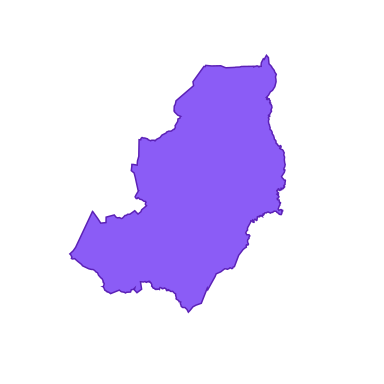 Bērziņu pag., Dagdas, Latvia, rotated 327°
{"feature_id": "27541924B7947560085495", "entity_name": "Bērziņu pag.", "entity_type": "district", "adm_level": 2, "iso_a3": "LVA", "parent_name": "Latvia", "parent_adm1": "Dagdas", "projection": "orthographic", "projection_center": [27.878, 56.083], "detail": "fine", "context": "isolated", "style": "filled", "palette": "violet", "viewbox_px": 384, "rotation_deg": 327, "n_neighbors": 0, "source": "geoboundaries", "source_scale": "gbopen_adm2", "svg_char_len": 6096}
<svg xmlns="http://www.w3.org/2000/svg" viewBox="0 0 384 384"><g transform="rotate(327 192 192)"><path d="M176.1,119.3L166.8,133.1L163.2,136.2L160.6,139.6L157.9,137.0L156.6,136.1L155.5,137.7L152.7,141.0L153.8,144.5L152.5,148.5L147.6,161.5L147.9,161.8L143.8,163.8L141.7,165.0L141.6,165.3L141.7,167.2L142.7,167.7L143.3,167.3L143.9,167.5L144.4,169.8L145.6,170.9L146.7,173.7L147.9,174.6L147.7,175.7L146.9,176.0L146.1,177.1L146.4,178.7L140.1,179.5L138.4,180.7L134.7,181.1L133.8,176.5L127.8,176.8L125.8,175.6L124.2,175.8L123.1,175.2L119.3,176.1L118.2,175.7L117.3,174.0L115.3,173.0L114.6,171.8L114.3,168.9L106.3,166.3L103.2,170.8L98.5,168.4L98.5,162.9L98.1,154.4L98.0,154.1L64.3,175.0L60.3,176.6L55.8,177.4L56.1,178.6L55.8,181.2L54.7,182.0L55.1,182.9L55.5,183.2L57.3,184.0L58.4,188.0L60.0,192.8L59.9,193.9L60.1,194.5L63.7,200.3L65.4,202.1L66.9,203.2L67.6,204.8L68.0,207.0L68.8,208.2L68.3,210.9L68.8,214.4L69.3,215.7L69.1,217.9L68.9,218.6L68.5,218.8L68.3,219.7L68.5,219.9L68.4,221.2L66.2,223.0L65.7,222.8L65.9,223.1L65.9,224.5L65.4,226.9L66.0,227.8L66.1,229.0L66.9,229.6L66.9,230.2L67.6,230.7L67.9,231.8L68.3,232.2L68.4,232.9L77.6,234.7L78.4,237.1L80.7,239.3L81.1,240.4L82.8,240.6L85.7,242.3L86.0,242.4L87.9,240.9L89.6,241.7L91.8,241.3L90.3,242.6L91.0,246.5L96.8,246.1L99.9,239.2L102.4,241.1L103.9,241.5L104.2,242.5L104.8,243.1L105.6,242.8L106.3,243.5L107.3,243.4L107.7,243.9L107.4,244.0L107.3,244.4L107.8,245.1L108.1,246.1L107.9,246.4L108.0,247.0L107.9,247.7L106.9,249.0L107.3,249.8L107.0,250.5L107.2,251.7L107.9,252.2L108.3,253.0L108.1,253.5L108.4,253.7L108.7,254.2L109.7,254.2L110.1,254.9L110.9,255.0L111.6,256.0L112.2,255.3L113.2,254.7L113.9,255.4L114.4,257.0L115.2,257.0L115.6,257.5L116.6,257.5L117.4,258.8L117.0,260.8L117.4,261.0L117.5,260.6L117.8,260.5L118.2,261.4L118.9,261.0L119.2,261.3L119.1,261.9L119.8,262.6L119.7,263.4L119.8,263.6L120.9,264.4L121.7,264.8L122.2,267.4L122.8,268.4L122.0,269.8L121.2,272.3L120.6,272.7L120.5,273.3L121.2,274.6L121.7,276.1L121.4,277.0L122.6,278.1L121.4,279.3L121.2,280.7L120.7,282.0L121.2,283.7L123.2,285.1L123.3,285.7L123.8,287.7L123.5,290.8L126.0,290.2L130.3,288.8L133.8,289.1L139.2,290.4L152.5,280.9L152.1,282.5L165.3,275.5L167.7,273.8L172.6,274.6L177.6,274.2L178.6,274.9L179.6,276.1L181.4,276.4L182.3,276.2L182.8,276.4L183.5,277.8L184.4,278.2L185.6,277.4L186.9,277.7L196.7,270.5L203.4,268.1L205.8,267.8L207.5,267.9L208.0,266.8L208.8,266.0L209.3,266.1L209.6,266.7L210.4,266.9L211.0,266.4L211.2,264.8L211.9,263.3L212.9,262.3L214.5,262.0L214.9,261.2L216.6,260.3L216.5,258.9L214.7,257.7L214.8,255.5L217.0,254.3L217.9,254.2L218.4,253.1L219.2,252.2L224.8,249.2L225.6,248.3L226.0,248.9L227.4,248.6L226.7,250.6L227.4,251.2L227.8,251.0L227.9,250.2L228.3,249.5L230.0,249.1L230.2,249.4L230.4,250.9L231.1,251.0L232.6,249.3L233.3,249.0L233.2,248.5L233.3,248.4L234.5,248.7L235.1,249.6L235.8,249.5L236.0,248.9L236.4,248.9L236.9,249.4L237.6,250.7L237.7,250.2L238.2,249.8L238.8,250.3L240.0,250.1L240.0,249.8L239.5,249.6L239.7,249.2L240.7,249.5L242.0,249.2L242.9,250.0L244.0,249.9L245.0,250.3L246.3,252.4L246.9,252.3L248.6,253.0L250.4,252.8L252.1,254.1L252.2,254.4L252.1,255.3L252.8,256.7L253.1,257.8L253.0,258.2L254.4,259.5L255.0,259.3L255.6,258.7L256.2,258.5L256.3,257.9L256.6,257.5L257.8,257.3L258.0,256.7L257.1,256.2L257.4,255.7L257.3,255.4L256.3,254.8L254.9,254.8L254.9,253.3L257.6,251.2L258.4,251.0L259.2,249.9L259.9,249.7L260.4,249.1L260.2,248.8L259.8,248.8L259.7,248.4L260.7,246.1L260.2,245.8L259.5,244.9L260.0,243.8L261.2,244.1L262.4,243.3L262.5,243.0L262.3,242.0L262.9,241.3L262.2,240.8L262.0,240.0L264.0,240.0L264.0,239.5L263.6,238.4L263.9,237.0L264.3,236.9L265.3,237.3L265.5,237.1L265.4,236.7L265.5,236.5L266.3,236.4L266.5,236.7L266.3,237.5L266.5,237.9L266.4,238.5L266.7,238.6L268.0,238.2L268.2,238.3L268.0,238.6L268.4,238.9L268.7,238.7L268.5,237.7L268.8,237.4L269.4,238.3L269.8,238.3L269.7,238.6L270.0,238.8L270.8,238.7L271.6,238.0L271.9,238.3L272.4,238.2L272.6,237.8L272.4,237.2L272.5,236.8L272.8,236.5L273.6,236.5L274.4,236.1L274.8,235.0L275.5,234.5L276.6,233.2L276.6,232.7L276.0,232.5L275.8,232.1L275.8,231.2L275.4,229.3L275.5,227.8L280.1,225.8L281.9,224.2L281.9,223.9L281.2,223.7L281.1,223.4L281.7,222.5L283.7,221.2L285.1,219.7L285.6,218.1L287.0,215.2L288.7,213.1L289.1,210.9L290.6,209.4L290.8,208.9L290.7,208.0L291.0,207.3L290.9,205.9L289.6,204.1L289.3,203.1L289.5,202.9L290.2,203.3L290.8,203.1L291.5,202.4L291.6,201.5L291.4,201.2L290.2,201.3L289.7,200.5L289.4,199.5L289.6,199.1L289.7,198.4L289.2,197.6L289.1,197.0L290.2,194.8L290.2,193.9L289.9,193.1L289.9,192.4L290.3,191.7L291.1,189.1L291.0,186.6L291.6,185.9L291.9,185.0L292.0,183.3L291.5,182.2L291.9,181.4L292.6,180.6L293.1,178.6L293.5,178.0L293.5,177.0L294.3,174.9L295.3,173.5L296.2,173.0L296.4,172.5L296.4,171.6L296.8,171.0L297.3,170.8L298.2,171.0L298.6,170.7L298.5,170.3L297.9,169.6L297.9,169.3L299.6,169.2L301.1,168.2L302.4,167.8L302.8,167.4L302.8,166.5L303.0,166.2L305.1,164.7L305.9,162.9L305.8,162.3L306.1,161.6L305.6,160.5L306.4,160.0L305.9,159.2L307.2,158.2L307.1,156.8L307.5,155.9L307.0,155.4L305.7,155.6L305.2,155.2L305.2,154.8L305.8,154.7L305.9,154.2L306.6,153.9L306.5,153.5L305.9,153.8L305.7,153.2L308.8,152.5L312.2,150.7L314.9,150.6L318.8,148.8L322.5,145.4L323.7,143.3L324.7,141.0L326.8,139.2L326.7,136.6L327.2,134.7L326.9,131.1L327.1,130.0L326.4,126.4L329.3,120.9L328.9,117.9L324.8,120.1L324.4,119.1L320.6,121.3L319.2,123.0L318.5,124.3L316.9,123.3L316.3,123.5L315.8,122.1L314.7,121.4L312.1,120.7L312.4,120.3L301.9,113.7L299.9,113.1L296.8,111.2L295.8,110.8L288.3,106.4L287.6,105.7L284.9,101.8L277.0,96.9L272.5,93.3L271.4,94.0L270.4,93.2L252.9,100.0L251.2,103.7L228.3,106.8L225.7,109.4L223.9,110.3L221.2,114.1L221.5,114.3L221.0,115.1L221.0,115.5L221.9,119.8L223.7,122.4L223.2,122.4L222.0,123.5L220.0,123.1L218.5,125.0L213.9,127.2L213.3,128.7L211.3,129.8L210.8,129.4L208.1,129.6L207.1,129.3L205.7,128.3L203.4,127.9L202.3,128.4L197.8,127.9L194.9,128.9L190.9,128.5L188.9,129.0L188.7,128.8L188.8,128.3L187.6,127.4L186.1,126.5L185.3,126.6L183.7,124.3L183.7,123.3L181.8,121.0L180.7,120.3L179.8,119.1L178.4,119.3L177.4,120.3L176.1,119.3Z" fill="#8b5cf6" stroke="#5b21b6" stroke-width="1.5"/></g></svg>